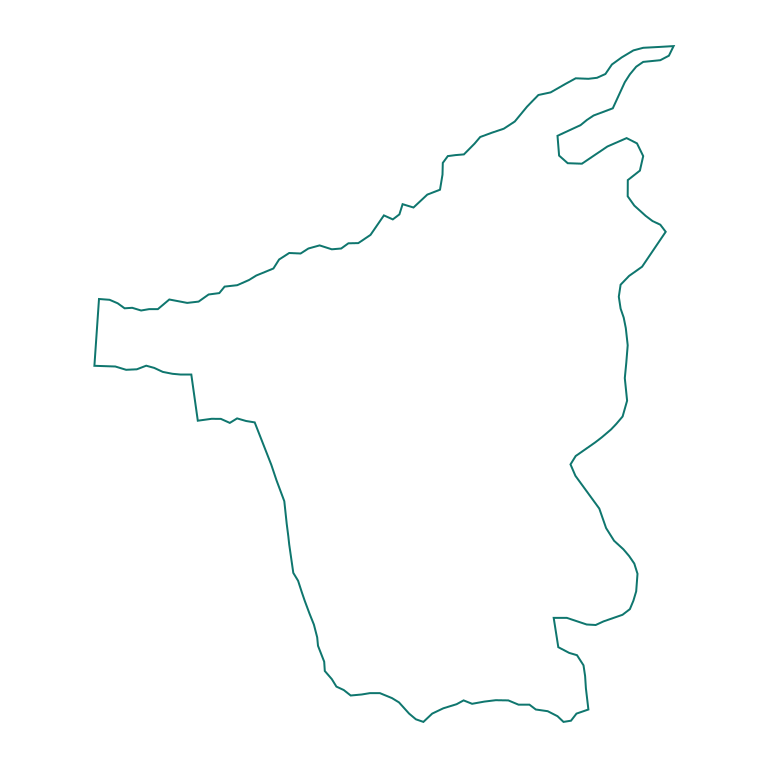 the district of Ibiporã, Paraná, Brazil
{"feature_id": "56859067B81750703494114", "entity_name": "Ibiporã", "entity_type": "district", "adm_level": 2, "iso_a3": "BRA", "parent_name": "Brazil", "parent_adm1": "Paraná", "projection": "mercator", "projection_center": [-51.033, -23.227], "detail": "fine", "context": "isolated", "style": "outline", "palette": "teal", "viewbox_px": 768, "rotation_deg": 0, "n_neighbors": 0, "source": "geoboundaries", "source_scale": "gbopen_adm2", "svg_char_len": 2386}
<svg xmlns="http://www.w3.org/2000/svg" viewBox="0 0 768 768"><path d="M633.4,600.7L636.2,591.3L637.5,573.8L634.3,563.6L629.1,556.0L623.4,549.3L614.1,540.8L606.1,528.1L599.3,508.6L575.4,475.8L570.5,464.4L575.7,456.0L595.2,442.4L601.7,437.4L611.1,429.4L616.4,423.8L622.6,416.5L627.1,400.7L624.8,378.1L626.3,362.6L627.7,345.3L625.8,328.1L623.7,317.6L620.6,308.6L618.8,296.7L620.6,284.7L629.1,275.9L642.1,266.7L665.7,231.8L660.3,224.7L652.6,221.1L645.7,215.9L634.3,205.6L627.7,196.3L627.8,180.1L639.9,170.6L643.2,156.1L637.0,143.4L626.6,138.1L607.4,146.5L581.9,163.7L567.7,163.2L559.1,155.6L557.5,135.8L580.6,125.1L587.1,119.8L593.6,115.5L612.8,108.3L624.8,82.2L629.9,74.3L636.2,66.7L643.2,61.9L660.3,60.2L668.9,55.7L673.6,46.1L660.0,46.9L643.2,47.8L633.4,50.4L621.7,57.4L611.9,64.5L605.4,74.0L597.0,77.8L588.4,78.8L575.7,78.3L565.1,84.1L550.6,92.4L538.4,95.0L532.7,100.8L527.0,106.7L514.8,121.5L503.8,128.7L491.9,132.7L480.2,137.0L474.5,143.7L463.9,154.4L455.5,155.1L447.8,156.1L442.8,162.9L442.5,174.6L440.0,189.7L427.3,194.6L413.5,207.5L402.6,204.2L399.4,214.4L392.8,219.4L383.9,215.4L370.5,234.9L358.3,243.1L348.4,243.3L341.2,248.5L331.8,249.3L319.6,245.4L308.4,248.5L300.6,253.5L289.2,253.0L279.1,259.5L273.4,268.5L256.3,275.5L249.0,280.0L237.2,285.2L224.6,286.6L219.3,293.1L208.6,294.5L198.6,301.6L187.2,302.9L169.3,299.5L157.9,309.1L149.3,309.1L141.1,310.5L132.2,307.8L124.6,308.3L117.7,303.3L109.6,299.8L99.0,299.0L94.4,365.8L115.3,366.5L126.1,369.8L136.8,369.3L146.2,365.7L154.2,367.9L162.8,371.9L172.5,373.8L180.2,374.5L191.3,374.5L197.8,420.7L211.6,418.8L220.9,418.9L229.8,422.9L237.1,418.4L246.1,421.0L254.7,422.4L271.3,464.8L276.5,480.3L284.3,501.2L286.7,523.7L288.3,536.2L289.2,544.4L293.3,572.9L298.1,580.8L301.7,591.9L304.7,600.7L309.5,613.6L313.9,624.6L317.2,637.4L318.0,645.8L324.2,661.7L324.8,671.0L331.8,679.1L336.4,686.6L343.7,690.0L350.7,695.5L361.6,694.5L370.1,693.1L379.8,693.1L392.0,698.1L399.0,702.4L409.1,713.6L415.9,719.3L423.4,721.9L432.2,713.6L443.3,708.3L456.6,704.2L463.6,700.4L472.1,703.8L484.3,701.6L495.7,700.2L508.3,700.4L518.6,704.7L529.5,704.7L535.8,709.5L547.7,711.2L557.5,716.2L563.5,721.9L571.0,720.7L576.5,713.6L588.4,709.5L585.9,688.3L585.1,676.0L583.5,665.3L577.0,655.2L569.2,652.9L558.3,647.2L553.7,617.9L566.9,617.9L586.7,624.5L595.7,625.0L603.5,621.4L622.5,614.8L629.9,609.1L633.4,600.7Z" fill="none" stroke="#0f766e" stroke-width="2"/></svg>